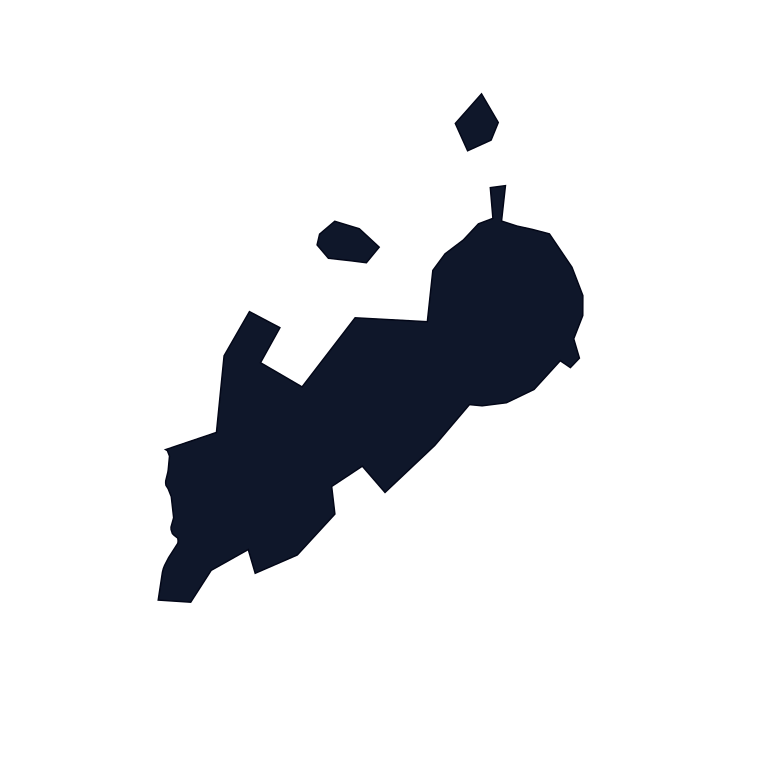 outline of Moskva, rotated 30°
{"feature_id": "RUS-2365", "entity_name": "Moskva", "entity_type": "Federal City", "adm_level": 1, "iso_a3": "RUS", "parent_name": "Russia", "parent_adm1": "", "projection": "orthographic", "projection_center": [37.264, 55.525], "detail": "fine", "context": "isolated", "style": "filled", "palette": "ink", "viewbox_px": 768, "rotation_deg": 30, "n_neighbors": 0, "source": "natural_earth", "source_scale": "10m", "svg_char_len": 1118}
<svg xmlns="http://www.w3.org/2000/svg" viewBox="0 0 768 768"><g transform="rotate(30 384 384)"><path d="M296.5,684.0L286.2,657.7L285.2,654.1L284.7,650.7L284.3,642.0L285.1,625.0L284.2,622.9L282.5,620.6L278.0,620.0L275.5,619.3L272.4,616.5L271.1,614.4L268.7,605.0L256.1,587.9L249.4,582.6L245.9,580.8L244.4,578.9L243.4,577.0L240.9,568.4L240.0,566.1L234.3,553.7L229.7,550.0L227.7,550.0L263.1,509.7L231.4,439.5L231.3,388.6L265.7,387.3L266.4,427.3L314.5,427.5L325.9,341.1L390.4,308.4L369.5,261.2L371.8,240.7L380.7,219.6L385.7,198.1L395.5,186.1L377.9,160.8L390.0,151.5L404.3,184.1L420.3,180.7L435.0,176.0L452.2,171.3L488.4,188.9L512.0,208.0L521.9,225.3L525.7,250.0L540.3,263.9L537.2,276.6L525.0,275.7L516.7,313.6L499.4,339.0L479.9,353.8L468.3,359.1L458.7,411.7L439.1,477.4L406.3,466.0L389.9,498.9L406.5,521.2L394.4,575.4L367.1,612.3L349.2,595.2L327.5,631.8L325.7,669.6L296.5,684.0ZM285.0,261.9L311.4,267.9L308.1,287.8L294.2,293.6L273.0,302.9L256.5,297.0L253.3,286.4L260.0,267.7L285.0,261.9ZM323.4,84.0L352.2,100.4L354.8,119.2L339.8,140.2L315.5,122.7L323.4,84.0Z" fill="#0f172a" stroke="#020617" stroke-width="1.5"/></g></svg>